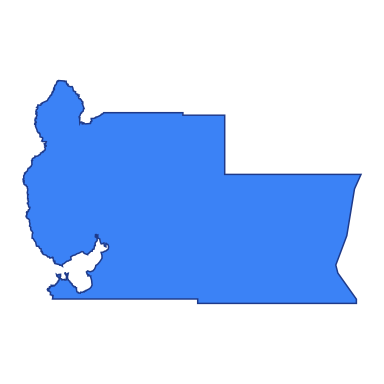 the district of 73, Ar Rayyān, Qatar
{"feature_id": "91078587B33419778787215", "entity_name": "73", "entity_type": "district", "adm_level": 2, "iso_a3": "QAT", "parent_name": "Qatar", "parent_adm1": "Ar Rayyān", "projection": "mercator", "projection_center": [50.94, 25.696], "detail": "fine", "context": "isolated", "style": "filled", "palette": "blue", "viewbox_px": 384, "rotation_deg": 0, "n_neighbors": 0, "source": "geoboundaries", "source_scale": "gbopen_adm2", "svg_char_len": 5615}
<svg xmlns="http://www.w3.org/2000/svg" viewBox="0 0 384 384"><path d="M103.7,112.7L102.6,114.0L101.6,114.1L101.1,114.5L100.8,115.2L97.3,116.9L96.0,117.0L95.7,117.8L95.2,117.7L94.0,118.4L91.2,118.5L91.3,119.8L91.8,120.3L91.8,121.1L90.7,121.6L90.8,122.8L90.2,123.0L90.2,123.5L85.1,123.9L83.8,123.3L83.8,122.8L83.6,122.8L83.3,123.8L82.3,123.9L82.1,123.8L82.2,122.5L81.8,122.0L80.3,122.3L79.8,123.3L79.6,119.5L79.9,119.0L79.6,118.4L79.8,117.9L79.3,117.9L79.1,116.7L79.9,115.9L80.8,113.2L81.5,113.1L81.9,112.1L83.1,111.3L83.6,108.5L84.1,108.5L82.3,103.7L82.8,103.7L82.8,101.9L81.8,101.4L81.7,100.6L81.0,99.6L80.5,99.6L80.3,98.8L79.0,98.6L78.6,97.8L78.6,97.0L79.1,96.5L79.1,96.0L78.8,95.5L78.0,95.5L78.5,95.0L78.0,95.0L77.7,94.2L76.2,94.0L75.3,92.2L75.5,91.7L73.4,90.9L72.8,87.9L72.2,86.6L70.4,86.7L68.4,86.0L67.8,85.6L68.1,84.5L67.3,84.5L67.1,83.8L66.6,83.8L66.1,81.2L64.5,81.5L64.5,81.0L59.2,80.6L58.2,81.2L58.2,80.7L57.4,81.0L56.8,82.0L56.3,84.0L55.4,85.3L54.9,85.3L54.5,87.1L54.0,87.6L53.6,88.9L54.4,88.9L54.4,89.4L53.9,89.4L53.8,90.2L53.3,90.7L53.1,91.7L52.6,91.7L52.6,92.5L52.1,92.5L51.6,94.8L51.1,94.8L50.9,95.5L50.1,95.8L49.7,97.1L48.5,98.3L47.3,100.6L42.2,102.9L42.2,103.4L41.7,103.3L41.0,103.7L41.1,104.7L40.7,105.2L37.9,105.0L37.8,106.2L36.9,107.3L37.7,107.3L37.8,108.0L37.2,109.3L36.4,109.6L35.9,111.6L36.8,112.1L36.9,112.9L35.9,113.1L35.9,113.9L36.4,113.9L36.4,114.6L36.9,114.8L37.1,115.2L36.3,116.9L36.4,118.5L35.4,118.2L35.0,119.7L35.0,121.0L35.9,121.3L36.2,122.3L35.2,122.6L35.2,123.8L34.7,123.8L34.7,124.3L35.7,124.1L35.5,126.4L37.1,130.2L37.1,131.0L38.2,132.7L39.0,132.7L39.2,133.4L39.7,133.5L39.6,133.8L40.1,134.5L40.0,136.8L42.5,137.6L42.7,138.9L41.8,140.9L42.3,140.9L42.5,141.5L46.3,141.7L45.6,143.7L44.3,143.7L44.6,145.2L45.8,145.4L46.2,145.7L46.1,146.2L45.3,146.4L44.6,147.0L45.2,148.3L45.2,149.6L44.8,150.3L44.3,150.3L43.3,151.9L42.5,151.6L42.0,152.6L40.5,153.1L40.4,154.1L40.0,154.7L39.2,154.8L38.2,155.8L36.7,156.3L34.9,156.2L34.9,157.5L33.2,158.1L32.4,158.7L32.0,160.0L32.4,160.5L31.6,160.8L32.0,162.1L31.8,162.6L32.0,164.6L31.3,165.6L31.1,166.4L30.1,166.9L29.9,167.7L28.1,168.4L27.3,171.0L25.6,172.3L25.6,172.8L24.6,173.0L24.6,173.5L25.1,173.5L23.7,175.8L23.8,178.9L23.0,179.1L23.3,180.7L24.1,180.7L24.1,182.2L23.5,182.2L23.9,183.0L23.9,184.0L24.8,184.9L26.1,185.2L26.2,186.0L27.4,186.8L27.2,188.0L27.7,188.6L27.7,190.3L27.2,192.9L27.5,193.1L27.6,194.7L28.1,194.7L27.7,195.7L27.6,198.7L28.1,198.7L28.0,200.5L28.5,201.3L28.5,201.8L28.0,202.3L27.9,203.3L27.4,203.3L27.5,203.8L28.4,204.3L28.5,206.1L29.1,207.4L29.9,207.4L29.5,209.2L29.1,209.7L28.4,209.9L28.4,211.2L27.9,211.2L27.6,212.2L26.9,212.0L27.1,212.8L26.6,212.8L27.0,214.3L26.7,214.5L26.6,216.1L26.1,216.1L26.1,216.8L26.7,217.1L27.0,218.1L27.4,218.5L28.4,218.7L29.5,220.1L29.5,220.9L29.3,221.2L30.0,224.0L29.5,226.0L30.8,227.3L30.6,229.0L31.2,230.6L31.7,230.7L32.8,232.6L32.8,233.1L32.3,233.9L32.1,238.2L33.2,238.5L34.6,241.0L35.6,242.0L36.5,246.1L38.8,246.4L39.2,247.6L39.8,248.5L41.1,248.9L41.1,251.2L41.6,251.2L41.6,251.7L42.1,251.7L42.1,252.7L42.6,252.7L42.7,253.7L43.4,254.4L45.9,255.1L46.9,255.8L47.7,256.9L49.2,256.9L49.9,258.1L52.5,257.3L52.5,257.8L53.0,257.8L52.9,258.3L53.4,259.3L53.4,260.9L53.7,261.2L54.8,261.1L55.0,262.9L54.5,262.9L54.8,263.5L59.8,264.7L59.8,265.2L61.1,265.3L62.4,266.2L62.2,265.2L62.6,264.2L64.1,263.5L66.9,261.2L68.4,261.0L69.4,260.2L70.7,260.0L71.1,259.6L70.7,256.8L71.7,256.4L72.5,255.6L75.3,254.9L76.8,253.8L79.1,253.1L81.8,251.6L83.2,251.9L84.1,253.3L87.7,254.7L88.0,253.7L89.4,252.8L90.7,251.3L92.2,251.2L92.5,249.4L94.0,249.1L94.5,245.6L95.3,245.6L95.1,243.5L95.4,242.5L96.9,241.0L97.2,240.2L97.0,237.9L95.3,236.9L95.5,234.6L96.3,234.5L96.8,235.3L97.8,234.9L97.8,236.4L96.8,235.8L96.3,236.1L96.5,236.9L97.8,236.8L98.0,238.2L99.7,238.9L100.2,241.5L101.1,243.8L101.8,243.9L103.9,243.0L104.4,246.1L105.9,246.8L105.9,242.8L106.3,243.8L107.9,244.5L108.6,246.6L108.3,248.9L107.4,249.9L106.9,250.0L105.9,251.0L104.4,251.3L103.4,252.1L101.1,252.4L102.0,255.5L102.0,258.3L99.7,261.9L97.5,264.4L95.8,265.4L95.6,266.7L94.6,269.0L93.0,270.8L90.5,271.7L89.7,271.7L87.7,270.9L86.4,272.0L87.0,273.3L86.9,273.8L87.5,274.1L87.7,274.6L88.7,274.8L88.4,275.6L87.9,275.6L87.9,275.9L89.2,275.7L90.2,276.2L90.7,276.1L90.6,276.9L91.6,280.2L92.1,285.0L91.1,287.1L89.7,288.6L86.7,290.2L85.9,290.4L85.7,291.1L84.9,291.0L84.1,291.4L84.1,291.9L83.4,291.8L82.4,292.3L80.6,292.2L80.3,293.2L78.3,292.9L78.3,292.4L76.8,291.7L76.4,288.9L76.5,287.8L75.5,287.6L75.3,286.8L74.0,286.8L74.0,286.3L72.5,285.5L72.0,283.8L71.5,283.8L70.7,282.5L70.2,282.5L69.7,281.2L68.2,280.2L68.3,279.7L67.6,278.7L67.5,276.6L68.2,273.3L67.4,273.6L67.4,274.9L66.9,274.5L65.9,274.3L65.4,272.8L65.1,272.8L64.9,273.6L65.4,273.6L65.7,274.9L66.2,275.0L66.5,275.6L66.3,279.7L66.2,279.9L64.9,280.1L64.6,279.9L64.6,279.4L61.9,279.9L61.6,278.9L60.3,278.7L60.1,276.1L60.6,276.1L60.6,274.3L58.6,274.5L58.1,275.0L57.3,275.0L56.5,274.4L56.8,275.9L57.3,275.9L57.3,276.4L57.8,276.5L58.1,277.2L58.7,277.4L59.2,278.9L58.8,280.7L58.3,280.7L57.8,282.2L57.3,282.2L56.9,283.3L56.5,283.8L56.0,283.8L55.3,285.0L54.3,285.3L54.3,285.8L52.7,286.1L52.7,285.6L52.2,285.9L51.7,285.8L51.7,285.3L51.2,285.3L51.5,286.3L49.5,286.8L49.5,287.6L50.0,287.6L49.5,288.4L48.9,288.4L48.9,288.9L48.4,288.9L48.4,288.4L47.7,288.6L47.3,289.6L47.7,290.3L48.2,290.4L48.2,290.9L49.0,290.8L49.2,291.4L50.6,292.2L50.3,294.7L53.0,295.5L52.8,296.5L52.2,296.2L52.9,297.0L52.5,299.0L197.7,299.0L197.7,303.4L356.4,303.4L356.4,299.2L337.8,273.0L335.8,265.0L346.8,235.7L354.5,188.9L361.0,174.4L224.7,174.4L224.7,115.2L182.9,115.2L182.9,112.7L103.7,112.7Z" fill="#3b82f6" stroke="#1e3a8a" stroke-width="1.5"/></svg>